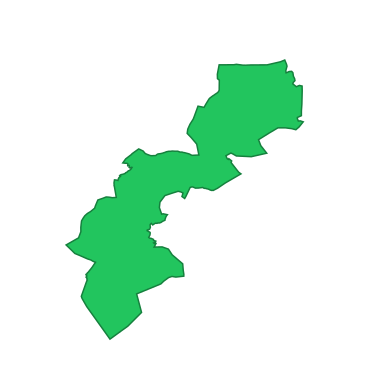 Kware, Sokoto, Nigeria (Equal Earth projection), rotated 70°
{"feature_id": "59680162B33139882700556", "entity_name": "Kware", "entity_type": "district", "adm_level": 2, "iso_a3": "NGA", "parent_name": "Nigeria", "parent_adm1": "Sokoto", "projection": "equal_earth", "projection_center": [5.32, 13.155], "detail": "fine", "context": "isolated", "style": "filled", "palette": "green", "viewbox_px": 384, "rotation_deg": 70, "n_neighbors": 0, "source": "geoboundaries", "source_scale": "gbopen_adm2", "svg_char_len": 4026}
<svg xmlns="http://www.w3.org/2000/svg" viewBox="0 0 384 384"><g transform="rotate(70 192 192)"><path d="M302.2,319.4L298.3,305.9L296.1,298.1L287.9,280.6L268.8,278.9L267.7,252.6L266.1,249.0L264.4,243.2L264.5,239.7L266.4,236.3L268.3,228.5L266.5,227.8L262.5,227.0L256.3,225.3L244.3,232.1L237.6,233.7L233.4,238.8L231.3,244.9L230.8,246.4L229.4,244.9L228.1,243.5L227.6,244.1L227.6,245.0L226.7,245.5L226.6,243.4L225.8,242.8L224.4,244.7L223.4,244.4L221.6,246.2L220.8,247.7L219.9,248.2L218.0,246.2L216.2,245.3L215.6,245.2L213.0,247.4L212.4,247.0L212.5,244.6L211.0,243.2L209.3,242.9L208.2,242.4L207.6,241.0L209.5,240.2L208.8,237.2L209.5,235.5L209.4,234.7L210.0,233.1L210.0,231.5L209.5,229.7L209.4,228.5L209.3,227.1L208.8,226.9L206.5,225.1L205.8,224.3L204.9,222.9L202.6,226.6L202.4,228.1L195.5,228.0L190.6,225.6L186.2,218.8L186.1,218.2L186.3,211.0L186.6,204.8L188.1,202.5L189.9,200.8L192.8,203.0L195.6,201.1L194.1,199.3L187.1,192.2L187.1,191.2L187.3,190.0L187.7,189.4L188.4,188.6L189.5,187.5L190.5,184.5L191.3,180.9L191.4,180.4L192.4,179.6L192.7,179.3L193.0,178.6L193.3,178.0L193.5,177.6L194.2,176.8L194.6,176.0L195.5,175.0L196.2,174.4L196.9,173.5L197.1,173.2L197.3,172.9L197.4,172.4L197.5,172.1L197.8,171.5L197.2,166.7L194.9,157.6L191.7,139.8L189.5,141.3L187.8,141.9L177.7,145.2L176.4,144.1L173.3,146.0L173.8,146.7L173.2,147.2L172.5,147.6L169.5,147.7L168.7,142.1L170.0,140.8L173.3,138.0L179.1,124.2L181.1,108.5L172.0,111.5L165.6,111.6L163.1,99.9L161.1,89.3L163.6,82.4L166.6,76.6L169.0,73.1L167.5,69.1L164.1,63.5L162.2,65.9L161.7,67.8L158.9,67.9L158.0,67.5L157.7,63.1L153.1,61.4L147.0,58.7L134.5,53.8L131.8,52.9L130.1,52.3L128.6,54.6L128.7,58.0L124.8,60.3L123.6,59.3L122.6,57.2L120.7,56.8L117.9,57.1L114.4,56.4L112.7,57.1L112.0,59.5L112.2,61.3L112.2,62.8L110.1,62.4L106.3,59.7L104.3,59.5L99.7,59.7L99.9,64.3L98.2,78.0L92.6,93.7L91.5,97.2L91.1,98.5L90.6,99.7L90.5,100.1L90.2,100.8L87.2,106.6L86.7,109.2L85.2,113.3L84.0,116.9L81.8,123.0L90.0,127.9L94.2,129.3L96.3,128.1L105.8,131.7L107.3,133.7L108.8,139.7L109.8,143.0L110.4,144.2L114.4,149.2L116.6,151.7L113.4,157.0L122.2,164.4L124.0,166.0L127.6,170.7L131.5,174.5L135.3,176.5L140.7,174.1L148.6,171.2L159.6,172.9L157.5,179.6L156.0,180.9L155.1,181.8L152.4,185.7L151.7,187.0L151.2,187.5L150.4,189.6L148.8,191.4L147.7,194.4L146.7,196.7L146.5,198.0L146.3,198.6L145.8,199.9L145.4,202.4L145.5,203.6L145.4,206.7L145.1,208.8L144.8,210.0L144.6,211.5L145.0,212.7L145.3,213.4L145.2,214.1L144.6,215.8L144.2,217.3L143.5,218.7L141.1,221.5L139.8,222.8L136.8,223.9L134.1,226.5L133.3,227.4L135.5,235.2L136.1,236.3L138.2,243.0L141.0,247.1L142.0,245.2L142.8,243.2L143.8,242.6L144.7,243.3L145.4,243.4L145.7,241.9L146.6,242.2L147.3,242.7L148.0,242.3L148.2,241.5L148.0,240.7L148.4,240.0L149.6,241.5L150.2,242.9L150.4,244.0L150.3,244.6L151.0,246.0L151.3,248.0L151.7,248.4L151.7,248.8L151.7,250.6L151.4,252.7L151.6,253.8L152.0,254.5L152.4,254.3L152.6,253.7L152.9,253.8L153.0,254.1L153.2,254.9L153.7,256.0L154.3,256.6L154.8,256.9L155.8,257.7L155.7,257.8L154.9,259.0L154.5,259.8L154.1,260.7L156.8,262.2L158.3,262.6L159.5,263.1L159.9,263.0L171.2,265.0L170.1,268.8L168.7,271.3L167.9,273.0L167.3,274.4L167.4,277.6L167.3,283.2L172.2,287.7L173.9,289.0L175.7,294.1L176.3,297.2L176.7,298.5L177.7,300.9L179.1,302.9L181.4,305.7L184.0,307.0L187.3,308.6L191.3,310.0L196.3,314.3L198.7,328.4L205.5,325.1L209.7,323.1L212.9,319.6L219.2,313.0L221.2,310.4L223.5,308.5L225.0,306.7L228.7,311.8L232.0,317.2L232.1,317.6L232.2,317.8L232.3,318.1L232.5,318.2L232.8,318.5L232.9,318.9L233.0,319.3L233.1,319.6L233.2,319.8L233.3,319.9L233.5,320.0L233.7,319.8L233.7,319.7L233.9,319.4L234.1,319.4L234.4,319.5L234.5,319.6L235.0,319.6L235.2,319.8L235.4,320.0L235.5,320.2L235.6,320.3L235.6,320.5L235.8,320.6L236.0,320.7L236.5,320.4L236.8,320.2L237.1,320.3L237.3,320.3L237.5,320.4L237.8,320.3L238.0,320.4L238.1,320.5L238.3,320.6L238.5,320.7L238.8,320.6L239.0,320.6L239.1,320.8L239.2,321.0L239.4,321.1L239.7,321.3L240.4,322.0L252.2,331.7L254.6,331.7L263.7,330.1L284.9,324.2L302.2,319.4Z" fill="#22c55e" stroke="#15803d" stroke-width="1.5"/></g></svg>